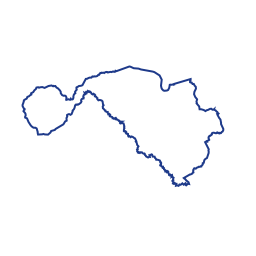 the district of Chimichagua, Cesar, Colombia, rotated 153°
{"feature_id": "7082276B32164017339198", "entity_name": "Chimichagua", "entity_type": "district", "adm_level": 2, "iso_a3": "COL", "parent_name": "Colombia", "parent_adm1": "Cesar", "projection": "orthographic", "projection_center": [-73.748, 9.238], "detail": "fine", "context": "isolated", "style": "outline", "palette": "blue", "viewbox_px": 256, "rotation_deg": 153, "n_neighbors": 0, "source": "geoboundaries", "source_scale": "gbopen_adm2", "svg_char_len": 5861}
<svg xmlns="http://www.w3.org/2000/svg" viewBox="0 0 256 256"><g transform="rotate(153 128 128)"><path d="M45.3,81.9L44.1,82.8L43.5,83.9L43.3,89.3L42.7,90.4L41.8,93.6L42.2,95.5L42.3,99.5L41.9,100.2L41.5,99.4L41.1,99.6L41.5,100.3L41.2,100.3L41.4,100.6L41.1,101.1L41.2,101.8L41.7,102.7L42.0,104.0L43.2,105.4L43.0,105.6L43.4,105.5L44.5,106.0L45.0,107.3L46.2,107.8L48.6,107.8L49.9,108.1L51.3,107.9L52.3,109.6L54.2,111.4L55.7,112.2L54.8,114.9L55.7,118.7L55.3,118.9L55.1,120.3L53.4,122.2L54.0,125.1L53.8,128.1L52.4,130.1L49.6,132.2L48.9,134.0L49.4,135.5L49.4,137.4L50.5,137.9L50.7,139.7L51.3,139.9L51.9,140.6L51.3,141.8L50.5,142.2L50.0,143.2L66.7,146.3L66.9,146.0L67.1,146.2L67.6,146.0L67.7,146.4L69.3,146.6L70.8,147.5L71.2,147.5L72.9,145.2L74.9,143.7L76.3,143.7L78.6,144.6L79.4,145.3L80.0,147.1L80.0,148.4L79.4,150.7L76.0,155.8L76.0,160.5L79.1,165.8L80.3,167.0L89.9,174.3L91.6,176.1L95.8,178.7L98.0,181.5L98.9,182.2L112.5,183.9L113.2,184.7L114.2,184.0L115.2,184.6L115.5,185.1L116.4,185.3L117.1,185.2L118.2,186.0L120.7,186.6L120.8,187.1L121.4,187.3L121.7,187.7L122.8,188.0L124.2,187.8L124.5,188.3L125.9,188.8L126.2,189.2L126.8,189.1L127.6,189.6L128.0,189.2L128.8,189.2L129.5,188.5L130.5,188.8L131.6,188.3L132.7,188.4L134.1,188.9L134.6,189.4L135.4,189.4L136.3,190.1L137.7,189.5L139.3,190.3L140.5,190.5L142.0,190.4L143.3,190.9L149.2,186.8L150.9,187.0L152.6,187.7L154.1,187.5L155.3,187.6L155.8,187.2L156.3,185.4L157.5,185.0L158.9,184.1L159.1,182.9L160.5,182.6L161.3,182.1L162.5,180.7L162.9,179.7L164.1,178.7L164.9,178.8L165.8,179.5L165.8,179.9L166.5,179.4L166.8,179.4L167.9,180.6L170.2,181.1L170.1,181.6L169.1,182.7L168.9,184.5L169.5,185.5L170.8,186.0L171.8,187.3L172.1,189.5L171.5,190.9L171.6,192.3L172.4,195.1L173.3,196.4L173.7,198.4L174.8,198.8L175.2,199.3L175.8,199.2L176.8,200.6L179.7,201.5L184.1,201.6L185.8,203.4L188.0,204.2L189.0,204.3L189.5,205.1L191.2,205.6L192.5,204.5L194.3,204.1L196.1,203.0L198.6,202.9L198.9,201.7L200.6,201.6L202.0,201.2L203.5,201.4L204.9,200.2L207.6,200.1L208.3,199.8L208.8,198.9L209.5,198.4L209.7,198.0L211.5,196.4L212.0,195.2L211.9,192.4L211.5,191.8L211.8,191.3L212.8,191.1L213.5,190.4L212.9,188.2L212.9,187.1L213.5,185.6L214.6,184.7L214.9,184.0L213.6,182.4L213.9,178.5L213.5,174.6L213.1,173.1L212.1,171.2L210.3,170.2L209.6,169.0L210.3,165.3L210.7,164.7L211.1,163.0L207.3,161.3L206.1,161.1L205.0,160.0L202.2,158.4L199.1,159.2L197.8,160.2L194.1,159.5L193.0,160.0L183.9,160.6L181.0,162.4L179.3,162.4L178.3,164.8L176.9,165.8L176.7,166.7L176.3,167.3L174.8,167.3L173.8,166.8L173.3,165.9L172.0,166.0L169.6,168.1L169.4,168.7L167.8,169.2L166.5,170.2L164.8,172.2L163.6,172.5L163.2,172.0L162.5,172.0L162.1,171.5L161.5,171.7L160.8,171.5L158.4,172.0L157.4,172.8L157.4,173.6L156.7,174.5L155.9,174.8L154.7,174.6L154.8,174.9L153.7,175.2L153.5,176.5L152.4,177.5L151.3,177.5L151.2,178.0L150.8,178.1L150.7,178.8L150.4,178.3L150.2,178.6L149.9,178.5L149.5,178.9L149.2,178.7L148.7,179.2L148.4,179.0L148.5,178.3L147.9,178.8L147.6,178.7L147.1,179.1L146.9,178.4L146.4,178.5L146.3,178.1L145.9,178.3L145.5,178.0L145.1,177.3L145.4,176.9L144.8,176.1L144.9,175.1L144.3,174.0L143.3,174.1L143.3,173.6L142.9,173.6L142.5,173.1L142.3,172.1L143.1,171.2L142.1,170.1L142.1,169.2L141.7,168.5L142.2,167.8L141.8,166.1L140.4,165.8L139.0,164.5L138.6,163.3L139.8,159.5L139.6,159.3L140.7,158.7L141.4,156.9L141.0,156.2L140.6,154.2L140.2,153.9L140.5,153.1L139.5,152.0L139.4,151.6L139.1,151.5L139.3,151.3L139.0,150.2L139.3,149.4L138.4,149.3L138.0,148.4L137.9,147.8L138.9,147.4L138.9,146.7L137.2,145.1L137.0,144.3L137.3,143.7L136.6,143.3L137.6,142.7L136.8,143.0L136.1,142.8L135.3,141.9L134.8,142.1L134.6,142.6L134.3,142.6L134.1,141.3L134.6,141.0L133.4,140.0L132.9,138.4L132.4,138.4L132.2,137.3L130.7,136.5L132.6,136.4L132.9,136.1L132.8,135.6L132.4,135.3L131.2,135.3L129.9,134.1L130.5,131.1L131.1,130.7L131.2,129.5L132.0,129.0L133.1,127.1L132.9,126.7L131.9,126.5L131.6,126.1L131.4,125.2L132.2,124.7L132.0,123.6L131.4,123.4L130.7,122.8L131.3,121.4L131.5,120.3L131.3,120.0L130.3,120.1L129.8,118.6L128.6,118.8L127.5,117.4L127.0,116.1L126.5,115.6L126.5,114.9L126.6,112.4L127.2,112.3L127.0,110.8L127.5,108.7L127.0,106.9L128.7,105.8L128.9,104.7L129.8,104.6L129.9,103.7L130.4,103.1L130.2,102.0L129.7,102.1L129.5,101.9L130.2,101.4L130.0,101.1L129.4,101.1L128.8,100.3L127.5,100.6L127.1,100.1L126.6,99.9L126.5,99.1L125.8,98.1L124.9,97.8L124.8,97.2L125.1,96.7L125.1,96.0L124.7,95.4L124.8,94.5L123.5,92.6L122.5,92.6L122.0,92.9L121.6,92.5L121.3,93.7L121.0,93.4L120.3,94.0L119.6,93.7L119.0,93.8L118.6,93.3L119.0,91.3L117.3,90.4L117.5,88.8L117.1,88.1L117.3,86.9L115.9,86.2L114.4,84.6L114.4,83.5L114.8,83.1L114.7,82.2L114.3,82.1L114.3,81.8L114.8,81.0L115.7,80.7L116.2,80.1L115.5,79.6L115.7,79.0L115.5,78.3L114.4,77.7L115.1,76.6L114.2,76.0L114.7,74.8L114.1,74.1L114.5,72.4L113.4,72.3L113.7,71.5L113.6,71.2L112.6,71.9L112.1,71.4L112.0,70.8L112.7,70.3L112.3,69.2L112.7,67.6L111.7,67.4L111.9,66.5L110.3,66.2L111.4,64.7L110.4,64.8L110.5,63.8L110.0,63.0L111.2,61.9L111.2,61.0L112.5,60.7L112.5,59.9L112.0,58.8L113.1,58.1L112.4,57.2L111.3,57.7L111.0,56.8L110.2,56.3L111.4,54.8L110.3,54.6L109.2,53.5L107.8,54.3L106.9,53.5L104.7,54.0L104.2,52.3L101.8,52.7L101.8,52.1L102.5,51.1L102.2,50.5L99.9,51.1L99.0,50.4L98.7,52.2L99.9,54.8L100.3,56.9L100.7,57.2L101.0,58.1L93.9,58.5L93.4,58.2L91.4,58.2L90.8,58.7L89.9,58.7L89.6,59.9L89.0,60.5L89.0,60.9L87.4,62.0L86.9,61.9L86.1,61.0L84.6,61.4L83.4,61.2L82.7,61.4L81.7,60.8L80.8,60.9L80.5,60.5L80.1,60.4L79.7,60.9L78.0,61.5L77.4,62.7L76.3,62.6L74.6,64.7L73.1,65.3L71.3,65.4L67.5,69.1L66.8,70.4L66.5,71.5L65.7,72.4L65.7,80.4L64.5,80.5L63.7,79.9L63.5,80.6L61.7,80.4L61.0,80.6L60.9,82.2L60.6,82.5L60.5,83.1L60.0,83.5L58.9,84.0L58.5,83.7L57.2,83.9L56.4,84.5L56.1,84.3L55.5,85.2L54.5,85.2L53.6,84.8L52.2,83.5L51.4,83.2L50.5,83.6L50.2,83.3L50.3,82.9L49.5,82.4L49.2,81.7L48.3,81.5L48.1,81.8L47.4,81.3L46.2,81.9L45.3,81.9Z" fill="none" stroke="#1e3a8a" stroke-width="2"/></g></svg>